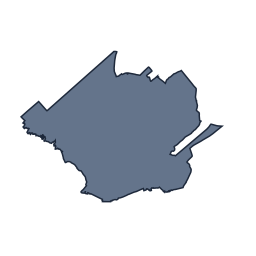 the district of Rovinari, Gorj, Romania, rotated 317°
{"feature_id": "2599482B72679771783557", "entity_name": "Rovinari", "entity_type": "district", "adm_level": 2, "iso_a3": "ROU", "parent_name": "Romania", "parent_adm1": "Gorj", "projection": "equal_earth", "projection_center": [23.157, 44.921], "detail": "fine", "context": "isolated", "style": "filled", "palette": "slate", "viewbox_px": 256, "rotation_deg": 317, "n_neighbors": 0, "source": "geoboundaries", "source_scale": "gbopen_adm2", "svg_char_len": 5586}
<svg xmlns="http://www.w3.org/2000/svg" viewBox="0 0 256 256"><g transform="rotate(317 128 128)"><path d="M184.4,97.4L179.0,97.4L172.7,97.6L172.0,96.6L170.4,94.6L169.8,93.5L165.5,87.7L165.3,87.8L165.2,88.2L164.9,88.3L164.5,88.2L164.4,88.1L164.4,87.7L164.7,87.1L164.5,86.8L163.3,86.0L160.4,85.0L160.2,84.7L160.2,84.0L159.0,83.9L157.5,83.6L156.6,83.7L154.5,82.4L154.9,81.7L156.5,77.4L158.7,74.7L164.3,69.6L169.1,66.0L171.0,65.2L171.8,64.5L170.7,63.1L169.6,62.3L169.3,62.4L168.2,62.4L81.0,60.2L80.5,60.1L80.4,59.9L80.4,59.7L80.7,47.7L66.1,47.1L57.4,46.9L57.4,49.0L57.6,52.3L54.6,52.7L55.0,53.9L55.5,53.8L55.5,54.1L55.0,55.0L54.5,55.3L54.2,55.2L53.3,55.7L52.7,55.8L52.2,55.6L51.9,55.9L52.0,56.6L51.8,57.4L51.8,57.7L52.1,57.8L52.9,57.7L53.1,58.2L53.5,58.4L53.8,58.3L54.1,58.6L53.9,59.3L54.0,59.7L54.4,60.4L55.1,60.5L55.2,60.9L51.3,62.2L51.2,62.5L51.0,63.8L51.5,64.3L52.5,63.9L52.9,64.3L52.8,64.8L53.0,64.9L53.1,65.2L52.8,65.5L52.3,65.8L52.3,66.2L54.0,65.9L54.5,66.2L54.7,67.0L54.1,67.4L54.3,67.8L54.8,68.3L55.2,68.5L55.5,68.5L55.7,69.1L56.0,69.0L56.3,69.6L56.1,69.7L56.1,70.4L55.6,70.8L55.8,70.9L56.2,70.9L56.3,71.1L56.2,71.4L56.5,71.5L56.5,71.8L56.7,72.0L56.9,72.1L57.0,72.2L56.9,72.6L57.4,73.6L57.6,73.8L58.0,73.9L58.3,74.3L59.2,74.1L59.4,74.7L58.0,75.4L58.3,75.9L58.5,75.9L59.3,75.7L59.6,75.4L60.9,74.8L61.0,75.0L60.1,75.4L60.1,75.6L59.9,75.7L60.0,75.9L61.0,75.5L61.1,75.8L57.7,77.1L57.8,77.3L58.5,77.1L58.6,77.3L58.9,77.2L59.0,77.4L57.9,77.9L58.0,78.0L58.4,77.9L58.5,78.2L61.0,77.4L61.2,77.8L60.5,78.0L60.8,78.7L60.5,79.0L60.4,79.4L60.3,79.5L59.4,79.9L57.8,80.1L57.8,80.5L58.1,80.5L58.6,80.9L59.1,81.6L59.6,82.7L60.5,83.7L60.6,85.1L60.8,85.7L61.4,86.6L61.5,86.9L61.6,87.0L62.0,87.0L63.1,86.8L63.8,87.5L64.6,87.3L65.1,87.5L65.5,87.7L66.3,87.5L65.1,89.0L63.7,89.3L62.7,89.2L62.4,89.8L61.8,90.4L62.2,90.6L62.0,90.9L62.0,91.0L62.3,91.1L62.9,91.0L63.1,91.1L62.7,92.1L61.4,92.9L60.4,93.8L60.8,94.2L61.4,94.4L61.9,94.8L62.5,94.7L62.7,94.8L62.6,95.2L63.1,95.7L62.8,96.0L63.8,97.3L63.6,98.9L63.7,99.3L63.9,99.7L64.0,100.4L63.6,100.4L63.1,100.1L63.0,100.3L62.5,101.8L60.5,105.5L59.8,106.5L59.6,107.4L58.6,110.4L58.7,110.6L59.2,110.9L59.9,111.0L61.0,111.4L62.2,112.6L62.9,114.0L62.9,114.3L62.8,114.7L63.7,117.2L64.0,118.7L63.6,122.2L63.3,122.5L63.2,122.9L63.2,125.6L63.5,126.2L64.4,127.2L64.3,127.4L64.2,129.1L63.7,131.1L63.5,134.3L63.2,135.1L62.8,135.7L61.8,137.4L61.2,139.0L60.9,139.4L59.2,140.3L58.5,140.7L58.3,141.2L58.3,141.8L53.3,142.5L52.1,142.4L50.4,142.5L50.2,142.6L49.9,143.0L49.8,143.5L50.5,144.6L51.8,146.0L52.6,145.7L53.2,145.4L53.3,145.5L52.2,146.2L52.3,146.7L52.4,147.3L53.4,148.5L54.1,147.9L54.3,147.9L54.6,147.9L54.8,148.4L55.0,149.0L55.0,149.5L54.8,149.6L55.4,150.6L55.9,150.6L56.1,150.9L56.3,151.6L60.4,162.4L60.6,162.7L59.7,163.3L59.9,163.7L59.1,164.4L63.3,168.4L65.2,170.1L65.5,169.9L65.8,169.6L66.0,169.7L66.1,170.0L66.8,170.4L67.0,170.5L67.3,170.2L68.3,170.8L69.0,171.0L69.9,171.7L70.4,172.5L70.8,172.8L71.3,173.0L72.4,173.1L73.1,172.7L74.9,173.9L77.4,175.0L81.4,176.4L82.6,176.6L83.1,176.8L83.2,177.0L88.6,179.0L90.9,180.2L95.9,181.9L97.9,182.7L96.9,184.7L98.7,185.5L99.5,185.6L100.0,185.2L100.4,185.3L100.6,185.6L100.8,186.5L101.1,187.0L100.9,187.3L101.0,187.9L101.3,187.8L101.5,188.1L101.2,188.4L101.3,189.0L102.5,189.6L103.6,188.1L104.5,188.4L104.7,188.2L105.4,189.2L105.7,189.1L105.8,189.5L106.5,190.2L108.0,191.3L108.9,192.2L109.5,192.6L110.6,192.7L110.7,194.4L110.7,195.7L111.0,197.4L111.0,197.6L110.7,198.0L110.7,198.9L111.0,199.0L111.0,199.6L111.4,199.2L111.6,199.2L111.3,199.6L112.2,200.9L112.7,201.2L112.9,201.4L113.4,201.5L113.5,201.6L113.5,201.9L114.1,202.2L115.1,202.9L115.3,202.9L114.6,202.1L114.9,201.7L117.7,203.2L117.7,203.7L119.5,204.3L120.5,205.1L122.4,206.2L127.6,209.1L129.4,208.2L133.4,207.4L133.4,207.2L136.9,206.0L141.5,204.1L143.5,203.3L144.3,202.8L145.5,201.8L146.0,201.2L146.3,200.4L146.8,198.2L147.6,197.5L147.8,197.0L148.1,195.5L148.0,194.9L147.7,194.2L147.8,193.3L148.1,193.0L148.6,192.9L150.3,192.6L155.1,192.5L155.8,192.3L156.3,191.6L157.3,189.6L159.3,185.1L162.8,185.2L164.8,185.5L172.0,187.3L174.7,187.8L182.2,189.5L186.2,190.0L198.0,190.8L195.3,187.9L194.5,186.9L191.5,182.0L191.1,181.7L187.9,182.4L184.6,182.6L144.8,180.7L143.7,180.6L143.4,179.8L143.1,179.3L142.8,179.2L142.0,178.4L141.2,176.6L140.8,176.0L141.5,175.7L143.4,174.8L144.3,174.9L145.0,175.4L145.5,176.0L146.8,176.0L147.9,175.2L148.5,174.1L148.9,173.2L149.2,173.1L150.3,173.2L151.6,173.5L152.9,173.7L156.8,173.6L159.7,173.9L163.7,173.6L168.9,174.8L170.9,175.1L171.8,174.8L173.3,174.9L174.4,174.7L175.8,175.0L176.7,175.0L179.1,174.7L181.2,174.6L182.8,174.1L183.7,173.4L184.4,173.1L185.0,172.9L185.9,172.9L186.1,172.7L185.8,172.3L185.5,171.5L185.7,171.2L188.5,167.6L189.9,166.2L190.1,165.6L190.5,165.1L190.3,164.5L190.1,162.4L190.1,161.9L190.2,161.6L191.3,160.8L192.1,160.5L194.1,158.9L195.7,156.0L196.6,154.9L196.4,154.8L196.7,154.3L198.4,151.4L203.4,147.1L204.6,145.8L204.8,145.0L204.8,141.8L205.0,139.9L206.2,122.3L205.0,122.1L203.4,121.3L202.2,120.9L199.9,120.4L198.5,119.7L193.9,119.6L192.5,119.1L191.7,119.2L190.9,119.4L189.8,119.2L188.8,119.3L185.8,120.8L185.4,117.6L184.7,113.8L184.7,113.0L184.5,112.2L184.6,111.9L185.2,111.5L185.2,111.4L185.0,111.1L184.2,111.1L184.1,110.9L184.4,110.5L184.9,110.4L185.2,110.1L181.5,110.0L178.9,109.6L177.1,109.6L176.8,109.5L176.6,109.3L176.5,109.2L176.8,108.3L178.1,105.9L178.2,105.6L178.1,105.0L177.2,104.9L177.1,104.7L177.2,104.2L177.1,103.4L177.4,102.4L177.6,102.3L178.2,102.3L183.6,102.7L184.3,102.7L184.5,102.4L184.6,101.7L184.8,98.4L184.7,97.8L184.6,97.5L184.4,97.4Z" fill="#64748b" stroke="#1e293b" stroke-width="1.5"/></g></svg>